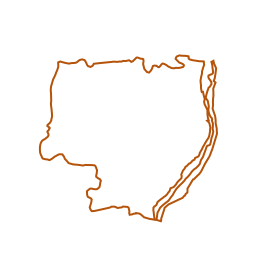 the district of Markz Abu Qurqas, Al Minya, Egypt, rotated 18°
{"feature_id": "37247803B9734537557155", "entity_name": "Markz Abu Qurqas", "entity_type": "district", "adm_level": 2, "iso_a3": "EGY", "parent_name": "Egypt", "parent_adm1": "Al Minya", "projection": "mercator", "projection_center": [30.805, 27.941], "detail": "fine", "context": "isolated", "style": "outline", "palette": "amber", "viewbox_px": 256, "rotation_deg": 18, "n_neighbors": 0, "source": "geoboundaries", "source_scale": "gbopen_adm2", "svg_char_len": 5834}
<svg xmlns="http://www.w3.org/2000/svg" viewBox="0 0 256 256"><g transform="rotate(18 128 128)"><path d="M179.5,41.3L174.6,42.6L171.2,43.1L168.2,43.6L165.5,43.7L164.3,43.3L163.9,42.4L163.9,42.0L163.4,41.1L160.0,41.7L157.0,42.6L154.4,43.1L152.3,44.9L151.9,46.2L151.9,47.5L154.1,48.7L156.7,50.0L158.0,49.9L160.6,50.3L161.5,50.7L161.9,51.6L161.5,52.9L160.3,53.8L157.7,55.2L154.7,56.1L153.4,57.0L150.9,57.5L147.4,57.1L145.2,56.3L143.8,56.1L143.1,55.9L140.9,56.0L140.1,57.3L139.7,58.6L138.9,60.4L138.0,60.8L136.7,60.4L135.9,60.0L133.7,60.5L133.0,61.0L132.5,61.4L132.5,62.7L132.5,64.0L132.1,66.2L130.9,68.8L128.7,68.9L125.3,66.8L122.6,62.5L122.1,59.5L121.2,57.8L119.9,57.8L118.6,58.2L115.6,58.0L114.3,58.4L113.9,59.2L113.2,60.6L111.8,63.2L110.6,64.1L110.0,63.8L109.5,63.6L108.0,63.3L105.0,65.1L102.8,65.6L101.2,66.9L99.4,67.4L97.7,68.3L96.0,68.8L93.9,69.3L92.8,69.8L92.5,70.0L80.4,75.3L75.6,77.5L75.4,78.7L75.2,79.7L73.5,81.5L72.2,81.5L70.9,81.5L69.7,80.7L67.4,78.2L67.2,78.0L65.7,76.8L64.1,76.9L63.1,76.9L60.9,78.4L58.9,81.4L58.2,82.1L55.9,83.1L55.3,83.3L53.2,84.2L52.1,85.0L48.2,85.5L47.4,85.5L44.8,85.7L43.0,85.7L41.3,87.2L42.8,91.3L42.8,92.6L42.8,94.8L42.5,97.8L42.5,99.0L42.5,99.6L42.2,102.2L41.8,104.8L41.8,106.5L41.9,108.7L42.0,112.2L42.4,114.3L42.9,116.1L44.3,119.5L45.7,123.4L46.6,125.9L47.1,128.6L48.1,130.9L49.0,132.7L51.0,137.3L52.1,140.1L52.4,142.1L52.4,143.3L52.7,144.5L52.3,146.9L51.3,148.7L50.6,149.8L50.6,151.0L53.3,151.9L53.6,152.3L53.4,153.1L53.2,153.5L53.3,154.4L52.8,155.3L52.4,156.2L52.9,157.0L53.8,157.9L54.2,158.3L54.7,159.6L54.3,161.3L53.4,162.6L52.2,164.4L50.9,165.7L50.1,167.1L49.7,169.2L49.8,171.4L50.3,174.0L51.2,176.6L52.1,178.7L53.4,180.4L54.7,181.7L55.2,182.5L56.5,183.4L58.7,183.3L61.2,182.8L62.9,182.8L63.3,182.8L65.0,181.0L65.5,180.3L65.9,179.7L67.1,177.9L68.0,177.0L69.3,175.6L70.5,174.4L71.8,173.9L73.5,173.4L73.9,173.4L74.6,174.1L76.1,175.1L77.4,176.8L79.6,178.0L81.8,179.4L82.2,179.7L83.9,179.7L86.9,179.6L89.1,179.1L91.2,178.6L93.8,178.1L96.8,177.6L98.5,176.5L98.9,176.3L99.8,176.0L100.6,175.8L102.3,175.3L103.6,174.9L105.3,174.4L107.4,173.9L107.9,173.9L108.7,174.3L109.3,174.8L109.6,175.2L110.5,176.4L111.4,177.3L111.9,179.0L112.3,181.2L112.4,182.9L112.8,184.2L115.0,185.0L117.2,185.4L117.6,185.8L118.5,186.6L118.5,188.4L119.0,191.4L119.1,193.1L117.8,195.3L117.2,195.8L116.5,196.2L114.4,196.7L112.7,196.8L111.0,197.2L110.1,198.1L109.9,198.5L109.3,199.4L108.5,200.8L108.9,202.0L109.8,204.2L110.3,205.0L111.2,205.9L113.8,206.3L114.2,206.3L115.5,207.1L116.0,209.7L116.1,212.7L116.1,215.3L117.4,217.0L118.0,217.4L119.2,218.3L121.7,217.3L126.0,214.8L135.3,209.3L136.4,208.1L136.6,207.9L139.4,207.0L140.5,206.9L140.8,207.0L142.7,207.3L144.0,206.7L145.0,206.1L145.8,205.8L146.4,205.5L147.7,204.2L149.8,203.7L151.9,203.2L153.2,203.6L155.0,206.6L155.5,208.7L156.4,210.0L158.1,209.1L158.9,208.7L159.8,207.8L161.9,206.9L161.9,206.4L165.3,205.9L166.1,206.1L167.1,206.3L171.0,208.0L172.2,207.9L176.1,207.8L181.7,207.0L180.2,204.0L179.4,202.3L178.3,199.8L177.6,198.6L176.8,195.8L177.2,194.7L178.2,193.4L178.9,192.2L178.9,189.7L179.7,188.0L180.5,186.9L181.1,185.8L181.8,184.9L182.6,183.9L183.4,182.5L184.6,181.1L185.6,179.2L186.3,176.7L187.0,175.4L187.0,172.2L188.3,171.2L189.7,170.0L191.0,167.1L191.8,164.1L192.8,162.0L193.6,160.7L194.3,159.2L194.1,157.8L193.8,156.9L193.1,156.0L193.1,155.0L193.3,153.3L193.4,151.5L194.4,149.1L194.7,147.0L195.3,146.5L196.0,145.4L196.5,144.1L197.2,142.9L197.9,142.4L198.8,140.9L199.1,139.8L199.9,138.6L201.0,137.6L201.1,135.8L202.1,134.8L203.2,133.9L203.9,132.9L204.1,130.8L204.0,129.4L204.8,125.6L205.1,123.2L205.6,120.9L206.2,117.8L206.8,115.3L207.5,112.9L207.7,111.0L207.6,109.4L207.3,107.8L207.2,106.5L206.6,104.2L206.1,101.9L205.2,100.4L203.9,98.3L202.9,97.4L202.2,97.2L201.3,96.8L201.0,96.6L202.4,95.8L200.8,93.6L199.3,90.3L197.9,86.2L193.5,81.7L192.2,79.3L192.1,76.8L190.2,74.0L188.1,70.4L187.1,71.0L186.9,70.8L185.5,68.3L184.5,65.9L184.4,65.1L183.6,63.6L182.8,61.7L182.3,60.4L182.1,58.9L181.9,57.6L181.7,56.5L181.7,54.8L181.5,53.4L181.2,52.1L180.9,51.2L180.8,46.4L180.9,44.5L180.1,42.7L179.5,41.3ZM183.5,206.6L186.0,206.5L188.1,206.5L188.1,205.5L187.8,204.7L187.6,203.8L187.6,195.5L187.5,192.6L190.1,188.2L194.1,184.5L198.7,180.1L201.5,177.6L202.3,175.4L203.1,174.6L203.2,173.0L204.4,171.0L204.0,169.4L203.3,167.3L205.7,156.9L206.4,156.5L210.1,149.4L211.0,146.6L212.3,138.1L214.2,130.1L214.4,127.4L214.7,121.6L214.4,106.0L212.4,100.8L210.0,96.6L208.7,92.9L207.1,89.6L204.3,85.9L202.5,83.5L201.8,79.9L200.8,77.2L199.9,74.1L199.3,71.0L198.7,69.2L196.9,64.2L197.0,61.9L197.2,57.7L195.0,56.8L195.1,53.6L194.2,48.1L193.4,44.0L189.8,40.0L188.5,37.7L186.9,39.4L187.8,40.6L189.1,42.9L189.7,44.6L190.6,46.2L191.7,48.7L191.7,49.9L191.0,51.0L189.6,52.0L188.4,53.2L188.4,54.0L189.2,55.5L189.8,56.1L191.5,57.2L191.5,57.3L192.6,58.1L193.3,59.2L193.8,60.3L193.5,61.7L193.3,62.4L193.1,63.4L192.2,64.8L192.2,65.5L192.2,66.7L192.1,67.4L192.2,67.8L192.1,68.4L192.2,70.9L192.4,74.0L192.6,75.0L192.9,75.5L193.6,76.1L194.3,76.7L195.2,77.3L195.5,77.6L196.1,78.7L196.8,80.0L197.4,81.0L198.0,82.1L198.2,82.8L198.5,84.1L198.8,85.7L199.0,86.3L199.4,87.2L200.4,88.8L201.1,89.8L201.9,90.7L203.2,92.0L204.4,92.5L205.4,93.8L205.5,95.0L206.2,95.9L207.2,97.2L207.8,98.8L208.2,100.0L208.5,101.8L209.0,103.1L210.2,105.0L210.4,106.9L210.6,108.5L210.5,111.7L210.7,113.2L211.1,116.2L211.2,118.2L210.8,119.1L208.9,120.4L208.6,121.6L208.5,123.3L208.5,126.1L208.3,129.5L208.3,131.9L207.3,136.0L207.4,139.9L206.5,142.3L204.9,145.3L203.6,146.9L202.2,149.7L201.1,153.3L199.8,156.3L198.6,158.3L198.3,159.2L198.2,159.7L197.9,160.7L196.5,163.6L195.1,166.1L192.8,170.9L192.0,174.2L191.8,174.7L191.2,178.0L190.4,180.0L189.8,182.0L189.0,184.6L186.8,187.8L184.5,191.4L184.0,192.4L183.2,193.9L182.7,197.2L182.2,199.0L182.9,203.1L183.3,205.4L183.3,205.7L183.5,206.6Z" fill="none" stroke="#b45309" stroke-width="2"/></g></svg>